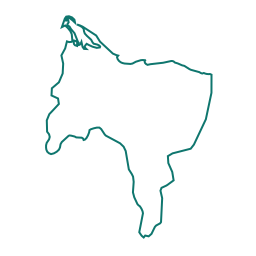 the County of Constanta, rotated 273°
{"feature_id": "ROU-133", "entity_name": "Constanta", "entity_type": "County", "adm_level": 1, "iso_a3": "ROU", "parent_name": "Romania", "parent_adm1": "", "projection": "robinson", "projection_center": [28.37, 44.259], "detail": "fine", "context": "isolated", "style": "outline", "palette": "teal", "viewbox_px": 256, "rotation_deg": 273, "n_neighbors": 0, "source": "natural_earth", "source_scale": "10m", "svg_char_len": 2460}
<svg xmlns="http://www.w3.org/2000/svg" viewBox="0 0 256 256"><g transform="rotate(273 128 128)"><path d="M35.8,165.9L34.5,165.1L32.1,161.2L30.6,160.0L23.5,157.0L20.9,154.3L21.5,150.8L19.5,149.4L21.1,147.3L22.6,146.1L24.5,144.7L43.6,147.4L45.6,146.9L48.2,145.6L50.4,144.0L51.4,142.5L52.5,141.4L59.1,137.9L64.0,136.3L74.5,136.5L79.7,135.6L82.2,134.2L86.7,131.0L104.9,126.9L109.1,124.6L112.3,120.9L116.0,113.1L119.2,106.3L120.3,105.1L125.5,101.3L126.9,99.4L126.8,97.0L125.9,93.8L124.8,91.0L123.9,89.7L121.6,89.4L118.5,88.4L115.7,87.0L114.1,85.5L113.7,84.3L115.1,83.7L115.9,82.3L115.9,76.8L116.7,75.2L117.4,71.5L117.5,70.1L117.1,69.1L110.5,62.6L108.3,61.5L105.1,61.1L102.8,60.2L100.6,58.1L98.8,55.3L97.9,52.5L98.7,50.3L100.1,48.6L102.1,47.6L104.1,47.2L106.5,47.1L108.9,47.6L112.6,49.8L115.0,50.3L117.6,49.5L120.1,47.4L131.4,46.5L137.7,48.7L143.0,53.2L148.4,57.7L153.8,56.6L156.5,49.9L163.7,49.9L170.0,56.6L179.0,59.9L188.9,59.9L197.0,57.7L204.2,61.1L211.3,62.5L210.7,64.7L211.1,67.2L212.2,67.9L218.8,66.9L221.8,65.3L224.5,62.9L227.1,59.9L225.3,56.7L234.0,59.2L236.0,60.5L236.5,63.2L235.5,66.3L233.4,68.8L230.4,69.6L232.6,67.0L234.7,64.0L235.0,61.4L232.1,59.9L232.1,61.1L233.1,62.2L232.8,62.6L230.4,63.2L228.6,62.1L227.9,62.0L227.3,62.5L226.8,63.2L226.2,64.3L223.8,65.9L219.9,69.6L217.7,70.6L211.6,73.4L209.9,74.8L212.1,71.2L212.5,69.6L210.6,69.3L209.0,69.7L207.9,70.7L207.3,72.8L209.0,72.8L208.2,74.3L208.7,75.5L209.9,76.4L211.6,77.0L206.6,78.4L204.7,79.9L204.7,82.3L205.3,81.6L206.1,80.8L206.5,80.2L208.3,81.1L209.9,82.3L208.9,84.4L207.3,88.4L206.4,92.6L207.0,95.7L208.0,95.9L209.0,94.7L209.7,93.0L210.4,89.3L211.7,88.1L214.2,86.6L217.9,82.1L220.1,79.9L222.3,79.0L224.7,78.5L226.4,76.8L227.5,74.7L228.7,71.7L227.9,74.7L226.8,77.4L218.7,91.4L212.8,95.5L201.5,109.0L200.2,112.5L199.8,114.4L198.2,113.3L196.2,114.1L194.6,115.4L193.3,117.2L192.6,119.0L192.2,121.2L192.1,127.1L192.6,129.1L194.6,132.4L196.4,137.3L196.7,139.6L196.3,141.0L197.2,142.0L195.5,141.1L194.0,141.5L192.8,142.7L192.1,144.2L192.9,147.1L195.0,159.7L197.2,167.8L197.2,168.7L196.9,170.0L195.8,171.4L195.1,174.3L193.4,178.8L193.0,181.0L190.0,186.3L189.4,187.8L187.5,196.4L186.7,197.8L186.3,199.3L186.9,200.8L186.4,202.2L186.1,203.7L186.0,205.4L186.2,207.0L185.6,208.6L167.5,209.5L140.8,205.3L114.9,194.7L110.6,191.7L105.0,173.8L102.0,169.3L95.1,170.1L86.4,174.5L78.1,176.3L73.2,170.3L72.5,169.3L70.0,164.6L67.1,163.7L59.7,165.8L35.8,165.9Z" fill="none" stroke="#0f766e" stroke-width="2"/></g></svg>